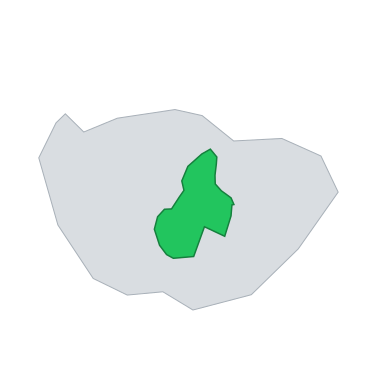 Mauritius, with Moka highlighted, rotated 70°
{"feature_id": "MUS-5186", "entity_name": "Moka", "entity_type": "District", "adm_level": 1, "iso_a3": "MUS", "parent_name": "Mauritius", "parent_adm1": "", "projection": "mercator", "projection_center": [57.579, -20.265], "detail": "fine", "context": "in_parent", "style": "filled", "palette": "green", "viewbox_px": 384, "rotation_deg": 70, "n_neighbors": 0, "source": "natural_earth", "source_scale": "10m", "svg_char_len": 777}
<svg xmlns="http://www.w3.org/2000/svg" viewBox="0 0 384 384"><g transform="rotate(70 192 192)"><path d="M239.5,314.4L177.2,329.3L107.5,324.3L80.5,296.1L75.2,284.3L98.6,273.2L97.1,237.0L108.7,179.8L123.7,156.3L158.3,135.4L172.4,89.3L202.3,58.5L242.1,54.7L281.8,111.6L308.8,171.4L303.2,231.5L275.8,253.5L266.7,288.1L239.5,314.4Z" fill="#d9dde1" stroke="#a8b0b8" stroke-width="1"/><path d="M218.1,156.9L217.8,158.9L227.8,163.5L244.8,176.4L228.9,192.2L253.2,212.5L247.9,232.2L242.1,237.3L231.0,240.7L214.1,240.1L203.5,232.8L198.8,223.8L200.9,217.0L192.4,205.7L187.7,199.0L178.1,197.8L166.5,187.1L159.6,169.7L158.0,160.1L167.6,156.7L173.9,159.5L184.0,164.6L187.8,165.9L192.4,167.4L200.9,164.0L210.9,157.3L218.1,156.9Z" fill="#22c55e" stroke="#15803d" stroke-width="1.5"/></g></svg>